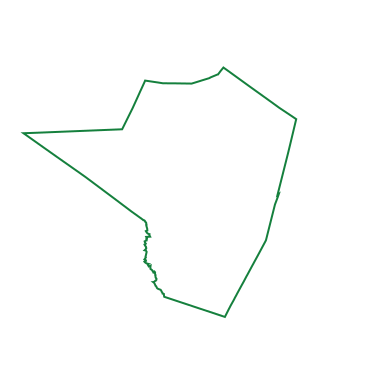 El Salvador, San Luis Potosí, Mexico, rotated 334°
{"feature_id": "50627088B73100122878983", "entity_name": "El Salvador", "entity_type": "district", "adm_level": 2, "iso_a3": "MEX", "parent_name": "Mexico", "parent_adm1": "San Luis Potosí", "projection": "orthographic", "projection_center": [-100.964, 24.436], "detail": "fine", "context": "isolated", "style": "outline", "palette": "green", "viewbox_px": 384, "rotation_deg": 334, "n_neighbors": 0, "source": "geoboundaries", "source_scale": "gbopen_adm2", "svg_char_len": 3612}
<svg xmlns="http://www.w3.org/2000/svg" viewBox="0 0 384 384"><g transform="rotate(334 192 192)"><path d="M66.3,65.3L78.6,87.8L86.0,101.3L102.6,131.4L118.2,161.7L129.1,183.1L135.5,195.0L135.6,195.3L135.8,195.5L135.9,195.9L136.1,195.9L136.3,196.1L136.6,196.5L136.8,196.8L136.8,197.0L136.9,197.3L137.0,197.5L137.0,197.8L136.9,198.0L137.0,198.3L137.0,198.5L137.0,198.8L137.1,199.0L137.3,199.2L137.3,199.3L137.3,199.7L137.1,200.2L136.9,200.6L136.9,200.9L136.7,201.1L136.4,201.4L136.4,201.6L136.5,201.8L136.3,201.9L136.2,202.2L136.1,202.8L136.0,203.2L136.0,203.4L135.8,204.4L135.7,205.2L135.0,207.0L133.7,206.9L133.4,206.9L133.6,208.8L134.0,209.9L134.6,210.6L135.1,211.1L135.3,211.3L134.8,211.8L134.8,213.8L131.2,212.3L131.2,212.8L131.0,213.1L130.8,213.6L130.6,213.9L131.1,214.1L130.5,214.9L130.0,215.6L129.8,215.5L127.8,215.6L127.7,216.2L127.6,216.7L127.7,217.1L127.7,217.6L127.8,218.2L126.9,218.4L126.3,218.4L126.3,218.6L126.3,219.0L126.4,219.4L126.3,219.6L126.3,219.8L126.4,220.0L126.5,220.3L126.6,220.6L126.6,220.9L126.6,221.1L126.4,221.4L126.4,221.7L126.4,221.8L126.4,222.0L126.1,222.3L126.0,222.5L126.0,222.8L125.5,223.0L125.0,223.2L124.5,223.4L123.9,223.6L124.9,224.4L125.0,225.9L122.7,228.8L122.4,229.1L122.3,229.3L122.2,229.4L122.1,229.5L121.9,229.7L121.9,230.2L121.4,230.6L121.5,230.8L119.7,231.7L120.1,232.3L120.5,232.7L120.6,233.1L120.5,233.7L120.2,233.7L119.7,233.6L118.7,233.7L118.8,234.3L119.0,234.5L119.0,234.8L119.3,235.1L119.4,235.5L119.6,235.9L120.0,236.3L120.5,236.8L121.3,237.5L120.4,237.5L120.4,237.8L120.6,237.8L120.6,238.3L120.5,238.9L120.5,239.3L120.5,239.9L120.8,239.9L121.4,240.0L121.7,240.0L122.1,240.0L122.3,240.0L122.5,240.0L122.3,240.3L121.9,240.9L121.5,241.5L121.3,242.2L121.0,242.7L121.0,243.2L121.2,243.4L121.3,243.6L121.5,244.0L121.7,244.4L121.8,244.6L121.9,244.8L121.9,245.1L121.9,245.4L121.9,245.7L122.0,245.9L122.1,246.1L122.1,246.5L122.1,246.8L122.0,247.1L122.0,247.3L122.3,247.2L122.5,247.0L122.8,246.8L123.0,246.7L123.3,246.8L123.3,247.1L123.4,247.3L123.5,247.5L123.6,248.0L123.4,248.4L123.3,248.5L123.1,248.8L123.0,249.0L122.9,249.4L122.9,249.5L122.9,249.8L122.9,250.2L122.6,250.5L122.6,251.0L122.4,251.1L122.4,251.4L122.3,251.6L122.2,251.9L122.0,252.2L121.9,252.5L121.9,253.0L121.8,253.4L122.0,253.8L122.0,254.5L121.8,254.6L121.7,254.9L121.4,255.4L121.1,255.5L120.9,255.6L120.7,255.8L120.4,255.8L120.1,255.7L119.8,255.8L119.4,255.9L119.0,256.0L118.7,256.1L118.3,256.1L117.9,256.0L117.6,255.9L118.1,256.9L118.2,257.9L118.2,258.9L118.1,260.4L118.5,261.0L118.4,262.7L118.7,263.7L119.9,265.1L120.9,266.1L121.1,267.1L121.0,268.5L121.3,269.4L121.0,270.4L122.0,271.3L121.5,272.6L121.1,274.0L166.8,318.7L173.9,313.3L175.0,312.5L177.0,311.0L180.9,308.3L181.2,308.1L181.9,307.6L182.0,307.5L182.3,307.3L183.4,306.5L183.6,306.3L184.7,305.5L186.6,304.2L187.2,303.7L195.2,298.0L195.9,297.5L199.2,295.2L204.1,291.6L205.3,290.8L214.2,284.4L215.8,283.3L217.0,282.4L217.3,282.2L222.8,278.3L236.8,268.2L237.2,267.8L237.4,267.7L261.1,239.6L266.7,234.3L268.0,233.0L269.1,231.9L267.5,232.2L295.1,199.5L300.9,192.5L317.1,172.8L317.6,172.2L308.0,155.7L307.3,154.5L301.0,142.7L290.0,122.3L280.6,104.7L277.4,98.7L274.8,93.9L273.3,94.6L270.9,95.7L267.0,97.7L266.9,97.6L258.5,97.1L257.8,97.3L250.2,96.1L248.9,95.9L248.1,95.8L239.2,94.4L230.9,90.2L230.7,90.1L229.9,89.7L228.5,89.0L226.9,88.2L224.4,86.9L221.1,85.3L220.7,85.1L215.1,82.3L214.9,82.2L213.6,81.6L213.2,81.3L212.9,81.1L209.2,78.5L208.3,77.9L200.0,72.2L198.7,71.3L197.6,72.3L194.2,75.1L190.9,77.8L189.4,79.0L188.7,79.6L185.7,82.1L174.9,91.0L174.6,91.2L156.7,105.0L79.6,71.2L66.3,65.3Z" fill="none" stroke="#15803d" stroke-width="2"/></g></svg>